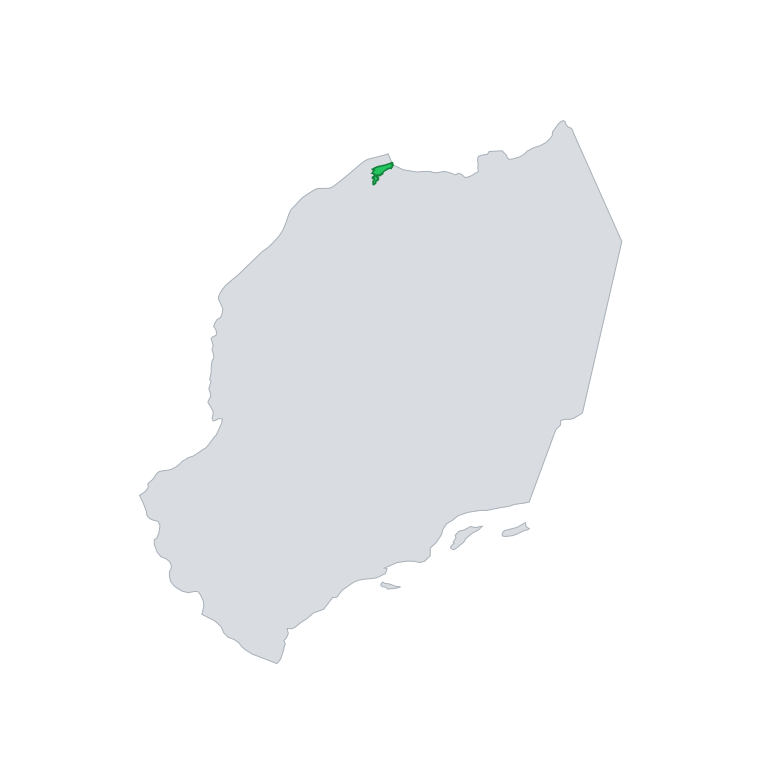 Kigoma, Kigoma, United Republic of Tanzania (highlighted), rotated 66°
{"feature_id": "72390352B30674118715659", "entity_name": "Kigoma", "entity_type": "district", "adm_level": 2, "iso_a3": "TZA", "parent_name": "United Republic of Tanzania", "parent_adm1": "Kigoma", "projection": "equal_earth", "projection_center": [29.769, -4.701], "detail": "fine", "context": "in_parent", "style": "filled", "palette": "green", "viewbox_px": 768, "rotation_deg": 66, "n_neighbors": 0, "source": "geoboundaries", "source_scale": "gbopen_adm2", "svg_char_len": 7819}
<svg xmlns="http://www.w3.org/2000/svg" viewBox="0 0 768 768"><g transform="rotate(66 384 384)"><path d="M309.2,541.5L303.0,537.1L297.4,534.5L292.8,531.5L290.7,528.6L286.4,527.5L282.6,527.1L279.2,524.4L272.1,523.4L271.3,521.6L271.2,517.6L269.9,516.6L267.3,515.6L264.5,515.6L262.8,516.2L261.8,515.9L259.5,513.6L257.4,510.6L256.6,505.9L253.3,502.9L249.5,500.5L239.1,500.7L237.5,500.0L235.0,497.6L232.1,493.6L229.7,489.1L227.7,482.9L225.6,474.6L213.6,441.6L212.4,435.3L210.0,428.4L206.2,419.8L202.1,413.5L196.6,407.8L190.4,402.1L187.0,398.2L180.5,382.6L179.2,375.3L178.2,367.7L178.6,364.7L182.7,354.9L183.1,352.2L182.6,348.5L180.6,340.7L178.1,331.3L173.0,314.1L172.2,309.7L172.3,306.5L175.3,289.0L175.3,286.6L187.3,286.9L196.1,279.3L203.7,267.8L205.3,263.1L208.4,255.7L211.4,252.1L212.6,249.5L214.4,242.2L218.4,237.3L222.3,233.4L221.5,230.8L222.1,229.8L224.2,227.8L228.4,226.0L229.2,222.2L229.2,217.9L228.5,215.4L228.6,212.6L228.0,211.1L225.3,210.7L221.3,208.5L217.8,207.6L215.6,206.3L214.7,205.4L214.4,202.8L216.2,196.1L214.4,193.4L218.6,182.3L219.3,180.9L220.8,180.7L223.3,179.6L225.5,179.0L227.3,179.4L228.7,179.0L229.9,177.7L230.9,174.0L231.7,167.7L231.2,162.5L229.5,158.6L229.0,152.6L229.8,144.5L229.2,137.7L227.3,132.3L225.3,129.1L222.3,127.6L217.6,119.4L216.1,115.4L216.4,112.9L218.0,111.9L221.1,112.2L223.9,111.3L226.5,109.0L229.1,108.4L230.5,108.8L350.6,108.8L490.8,214.2L491.4,215.5L492.5,224.6L492.2,227.6L490.0,232.9L489.4,235.6L489.4,237.5L489.9,238.2L491.7,238.5L493.3,239.7L493.9,240.7L495.1,244.7L496.6,246.6L549.7,298.3L550.9,299.1L550.1,303.4L547.0,314.0L546.8,318.3L545.6,323.5L544.5,326.9L541.3,341.7L538.7,347.2L535.2,360.2L534.5,370.1L536.4,377.0L537.1,383.5L541.2,389.9L544.4,392.1L546.6,395.1L550.5,401.7L552.7,408.4L559.8,411.7L562.5,419.1L561.5,424.3L558.2,428.5L555.0,435.5L552.5,444.5L552.3,458.4L554.0,456.3L557.7,459.7L558.1,469.9L554.2,481.8L552.9,487.3L552.7,492.1L555.4,506.3L559.5,513.5L559.2,515.8L558.1,517.7L565.2,530.5L564.5,541.6L567.1,550.3L568.2,557.8L569.9,563.5L570.2,567.5L568.0,571.9L573.2,573.0L576.3,576.6L577.7,580.0L581.5,579.9L583.6,582.2L586.5,584.2L593.0,590.0L594.7,592.9L595.8,595.6L577.5,613.9L570.9,618.5L566.2,620.7L561.3,621.9L556.5,624.8L552.0,629.3L546.2,631.6L539.3,631.6L531.9,634.7L520.3,644.1L513.7,638.9L508.4,637.3L502.4,637.4L498.7,638.1L497.4,639.2L496.2,642.4L495.1,647.6L491.1,652.7L484.1,657.5L477.7,659.3L471.9,658.1L467.9,656.1L465.9,653.3L462.8,652.0L458.8,652.2L454.9,654.2L451.2,658.0L445.3,659.6L437.2,659.1L432.9,657.3L432.3,654.2L428.8,650.5L422.4,646.3L417.6,646.2L414.5,650.2L411.7,652.8L409.1,653.8L406.9,653.9L403.6,652.8L394.7,652.4L386.2,652.6L385.4,646.7L383.7,643.1L382.1,641.0L379.2,640.5L378.4,638.8L377.5,635.2L376.0,632.1L374.2,629.5L373.0,627.1L372.6,624.9L373.0,622.5L374.8,616.5L375.4,612.4L375.2,608.2L374.2,603.9L372.3,598.7L372.5,597.3L371.8,593.7L371.8,591.3L372.2,588.2L371.8,584.2L370.1,575.6L370.1,573.4L368.3,569.2L362.7,559.4L362.5,558.1L353.7,548.2L350.2,546.0L348.9,547.9L348.4,549.6L348.7,552.8L348.5,554.4L348.1,555.1L346.0,555.0L344.7,554.6L341.4,551.9L338.8,551.3L332.3,551.8L330.0,552.4L328.3,551.8L324.8,547.2L320.8,546.3L317.2,546.0L311.3,540.9L309.2,541.5ZM560.9,375.4L563.8,386.4L563.4,388.4L561.3,389.7L560.3,389.8L559.0,388.1L558.1,384.4L556.5,385.2L553.9,380.8L551.2,380.6L548.9,375.3L549.9,370.7L549.4,362.9L552.3,358.9L553.9,352.1L555.7,356.8L556.1,363.9L558.6,372.4L560.9,375.4ZM575.4,310.1L575.6,312.7L575.0,315.2L575.1,323.0L574.9,328.1L572.6,335.3L570.8,337.8L569.3,337.1L568.0,335.9L566.9,333.9L569.1,320.8L568.1,311.2L572.2,312.1L575.4,310.1ZM568.4,468.1L566.4,468.8L565.6,468.1L564.3,466.0L566.6,464.2L568.7,460.6L573.7,455.4L576.1,451.3L575.7,455.3L572.8,464.2L570.4,464.8L568.4,468.1Z" fill="#d9dde1" stroke="#a8b0b8" stroke-width="1"/><path d="M188.9,287.4L188.7,287.9L188.4,287.6L188.1,287.2L187.9,287.0L187.6,287.1L187.1,286.5L186.9,286.5L186.7,287.0L186.6,286.6L186.2,286.9L185.9,286.8L185.7,286.6L185.4,286.5L185.3,286.4L185.2,286.3L185.1,286.5L185.1,287.0L185.0,287.5L184.9,287.8L184.9,288.6L184.9,289.0L184.9,289.5L184.9,290.0L184.8,290.4L184.9,290.8L184.8,291.0L184.7,291.3L184.6,291.6L184.6,291.8L184.6,292.0L184.6,292.4L184.6,292.7L184.5,293.0L184.5,293.5L184.5,293.9L184.4,294.2L184.4,294.3L184.3,294.6L184.3,294.8L184.3,295.0L184.3,295.3L184.1,295.6L184.0,295.8L183.9,296.9L183.7,297.4L183.7,297.7L183.6,297.9L183.6,298.4L183.6,298.8L183.5,299.0L183.3,299.4L183.3,299.5L183.3,299.8L183.3,300.2L183.3,300.3L183.2,300.3L183.3,300.5L183.2,300.7L183.2,301.0L183.0,301.6L182.9,301.7L182.8,301.9L182.9,302.0L183.0,302.3L182.9,302.7L182.9,302.9L183.0,303.0L182.9,303.4L183.0,303.4L183.0,303.5L182.9,303.6L182.9,303.9L182.7,304.3L182.8,304.4L182.8,304.5L183.1,304.7L183.1,304.9L183.1,305.0L183.2,305.5L183.0,305.8L183.0,306.2L183.1,306.4L183.2,306.5L183.2,306.8L183.2,307.2L183.1,307.4L183.4,307.4L183.6,307.2L183.9,306.9L184.0,306.8L184.0,306.3L184.1,306.0L184.2,305.7L184.3,305.6L184.8,306.0L184.9,306.4L185.0,306.7L185.3,307.1L185.6,307.5L185.7,307.9L185.8,308.1L186.2,308.3L186.4,308.6L186.5,308.9L186.6,309.2L186.8,308.8L187.0,308.5L187.1,308.4L187.5,308.2L187.9,308.1L188.2,308.1L188.3,307.9L188.3,307.7L188.2,307.5L188.2,307.4L188.4,307.2L188.5,307.2L188.8,307.4L188.9,307.6L189.1,307.6L189.3,307.6L189.8,307.3L189.9,307.2L190.0,307.0L189.9,306.9L190.1,306.5L190.3,306.7L190.4,307.0L190.2,307.3L190.2,307.8L190.3,308.0L190.1,308.3L190.1,308.5L190.0,309.0L190.2,309.8L190.3,310.3L190.6,310.5L190.9,310.6L191.4,310.9L191.6,310.8L191.5,310.7L191.6,310.4L191.6,310.1L191.8,310.0L191.8,309.9L191.6,309.4L191.8,309.2L192.1,309.3L192.9,309.7L193.1,309.6L193.3,309.7L193.4,309.8L193.5,309.8L193.6,310.0L193.8,310.2L193.9,310.5L194.1,310.8L194.3,311.3L194.3,311.6L194.8,311.8L195.1,311.9L195.1,312.0L195.8,312.1L196.0,312.3L196.5,312.5L196.8,312.5L197.0,312.6L197.3,312.8L197.5,312.8L197.6,312.7L197.7,312.4L197.6,312.2L197.6,311.9L197.7,311.7L197.5,311.4L197.4,311.3L197.4,311.2L197.3,310.9L197.1,310.8L197.3,310.5L197.4,310.3L197.4,310.2L197.6,309.8L197.4,310.1L196.8,309.6L196.5,309.4L196.0,309.5L195.9,309.5L195.6,309.3L195.5,309.1L195.4,308.5L195.4,307.6L195.4,307.4L195.4,307.1L194.9,307.3L194.8,307.2L194.8,306.9L194.8,306.7L194.7,306.6L194.8,306.4L194.7,306.2L194.7,305.7L194.4,305.5L194.1,305.5L193.8,305.5L193.7,305.6L193.4,305.6L193.3,305.8L193.2,305.8L193.2,306.0L193.1,305.8L193.0,306.0L192.8,306.0L192.6,306.0L192.4,306.0L192.2,305.9L192.0,306.0L191.9,305.9L191.9,306.0L191.7,305.9L191.7,306.1L191.6,306.3L191.4,306.3L191.4,306.5L191.2,306.6L190.9,306.4L190.8,306.5L190.7,306.7L190.5,306.3L190.5,306.1L190.4,305.9L190.5,305.9L190.8,306.0L190.8,305.9L190.8,305.7L190.7,305.7L190.4,305.4L190.3,305.2L190.7,305.1L190.9,305.1L191.0,305.0L191.3,304.9L191.2,304.9L191.1,304.7L191.3,304.4L191.5,304.2L191.6,304.3L191.8,304.2L191.8,303.7L191.6,303.7L191.3,303.5L191.2,303.5L191.2,303.4L191.3,303.3L191.3,303.2L191.2,303.2L191.3,303.0L191.3,302.9L191.3,302.7L191.4,302.4L191.5,302.3L191.6,302.5L191.7,302.3L191.7,302.2L191.8,302.2L191.6,301.9L191.7,301.6L191.4,301.4L191.5,301.4L191.6,301.1L191.6,300.8L191.6,300.7L191.4,300.8L191.3,300.5L191.2,300.4L191.3,300.2L191.2,300.0L191.3,299.9L191.3,299.7L191.2,299.5L190.9,299.3L190.5,299.1L190.3,299.0L190.2,298.9L190.1,298.7L189.9,298.3L189.7,297.7L189.6,297.1L189.4,296.6L189.4,296.3L189.4,296.2L189.4,295.8L189.4,295.6L189.4,295.4L189.4,295.2L189.4,294.9L189.2,294.4L189.2,294.1L188.9,293.8L189.0,293.5L188.9,293.4L189.0,293.2L189.2,292.7L189.0,292.4L189.1,292.2L189.1,291.9L189.1,291.5L189.1,291.2L189.3,290.9L189.3,290.7L189.5,290.5L189.5,290.4L189.7,290.2L189.9,290.2L190.1,290.0L190.1,289.9L189.9,289.8L189.9,289.7L189.7,289.5L189.4,289.6L189.3,289.4L189.3,289.2L189.3,288.9L189.3,288.7L189.2,288.6L189.0,288.4L188.9,288.4L188.8,288.2L189.0,287.8L188.9,287.5L188.9,287.4Z" fill="#22c55e" stroke="#15803d" stroke-width="1.5"/></g></svg>